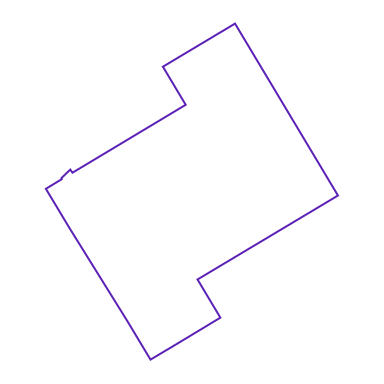 Beckham, Oklahoma, United States of America (Equal Earth projection), rotated 149°
{"feature_id": "52423323B70117049347271", "entity_name": "Beckham", "entity_type": "district", "adm_level": 2, "iso_a3": "USA", "parent_name": "United States of America", "parent_adm1": "Oklahoma", "projection": "equal_earth", "projection_center": [-99.609, 35.27], "detail": "fine", "context": "isolated", "style": "outline", "palette": "violet", "viewbox_px": 384, "rotation_deg": 149, "n_neighbors": 0, "source": "geoboundaries", "source_scale": "gbopen_adm2", "svg_char_len": 386}
<svg xmlns="http://www.w3.org/2000/svg" viewBox="0 0 384 384"><g transform="rotate(149 192 192)"><path d="M68.5,236.3L68.4,314.2L111.6,314.3L152.4,314.4L152.5,270.0L284.5,270.1L284.8,273.9L296.7,271.2L297.0,270.1L315.6,270.0L315.6,225.2L313.9,114.4L313.9,91.9L313.9,69.7L279.8,69.6L232.4,69.7L232.3,114.2L68.7,113.8L68.5,236.3Z" fill="none" stroke="#5b21b6" stroke-width="2"/></g></svg>